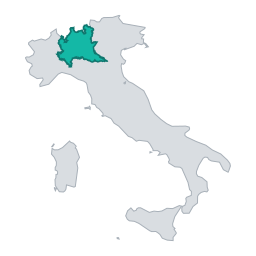 Lombardia, Bergamo, Italy shown in context
{"feature_id": "23120603B71310509030930", "entity_name": "Lombardia", "entity_type": "district", "adm_level": 2, "iso_a3": "ITA", "parent_name": "Italy", "parent_adm1": "Bergamo", "projection": "natural_earth1", "projection_center": [9.792, 45.657], "detail": "fine", "context": "in_parent", "style": "filled", "palette": "teal", "viewbox_px": 256, "rotation_deg": 0, "n_neighbors": 0, "source": "geoboundaries", "source_scale": "gbopen_adm2", "svg_char_len": 8425}
<svg xmlns="http://www.w3.org/2000/svg" viewBox="0 0 256 256"><path d="M32.5,40.1L34.3,41.1L41.2,39.0L45.4,40.2L48.9,38.2L51.2,35.1L50.7,32.7L56.2,29.0L56.8,33.3L59.9,36.1L62.9,36.9L62.2,38.6L65.1,42.2L66.3,41.8L66.7,41.2L66.0,38.2L70.2,32.4L70.3,28.3L71.1,27.9L73.2,28.2L74.9,32.0L81.8,30.8L84.2,33.6L85.3,33.1L83.4,28.2L84.3,25.7L86.1,25.2L87.4,26.4L90.1,26.7L90.2,25.3L89.5,24.3L90.4,20.0L94.4,20.4L96.7,21.9L99.5,21.9L101.8,18.5L103.7,17.6L112.6,17.4L119.2,15.4L119.8,15.8L118.6,17.4L119.0,18.5L123.0,23.5L145.1,27.4L144.8,28.6L140.1,31.7L139.8,32.9L140.5,34.0L144.1,34.7L141.7,37.7L141.7,38.8L143.6,39.0L143.4,42.5L145.8,43.6L148.4,46.8L145.8,47.4L146.8,46.5L144.2,43.4L141.4,44.7L137.0,43.4L134.1,46.3L124.0,49.9L125.8,48.3L125.0,48.3L121.3,50.4L120.6,54.8L123.4,59.1L125.7,60.7L124.7,63.3L123.4,64.3L121.6,63.6L121.1,66.0L122.1,72.3L123.7,76.7L128.8,81.7L132.5,83.3L143.8,90.8L148.1,99.3L151.8,109.9L154.8,113.9L161.0,119.5L166.7,123.7L172.0,126.3L185.7,126.1L189.2,127.1L189.6,128.9L189.0,130.1L185.0,133.1L184.8,135.4L186.8,137.1L196.2,141.5L205.8,145.2L212.4,150.0L220.8,154.0L227.5,160.2L229.9,163.5L230.4,166.0L228.9,170.4L228.1,172.2L223.4,169.7L219.5,162.2L211.3,160.9L208.9,159.6L207.5,157.4L204.9,157.1L203.1,158.3L198.8,165.3L196.5,171.4L196.4,173.8L197.8,176.2L201.8,177.5L207.0,181.8L207.2,187.1L208.2,190.2L206.9,191.9L204.4,191.4L201.0,192.5L198.6,194.5L197.6,196.3L197.5,203.0L193.0,206.5L189.2,213.2L183.4,213.3L181.9,211.2L181.8,208.1L182.8,206.2L184.9,205.3L186.3,201.4L185.8,198.5L186.6,197.3L191.3,195.4L191.4,191.4L189.6,189.6L188.0,182.4L181.9,168.5L180.0,167.2L174.9,166.8L168.9,163.1L168.5,161.6L169.5,160.1L168.8,158.1L166.8,154.6L165.5,153.8L158.2,155.3L160.2,152.4L157.6,150.6L153.0,150.6L153.0,149.4L149.7,143.7L147.5,141.4L139.0,140.3L136.3,141.2L132.1,137.7L128.3,136.3L118.7,126.1L114.0,123.1L111.1,118.6L105.2,115.7L102.5,116.4L101.8,115.8L103.2,114.9L102.9,113.2L99.0,108.8L96.7,107.4L95.0,104.5L91.7,103.9L91.8,98.8L90.5,95.1L88.3,92.1L87.0,84.7L86.1,82.7L83.7,81.1L78.3,79.4L70.7,74.7L61.8,72.4L58.2,74.1L48.8,84.2L40.0,86.6L39.8,84.5L43.2,79.8L42.6,78.0L37.1,78.6L30.0,74.3L29.1,70.5L31.1,67.0L32.3,66.1L31.7,63.7L27.4,61.7L25.7,58.5L25.6,57.5L26.7,56.9L29.2,57.1L33.3,54.8L34.5,51.8L28.5,44.1L28.8,42.5L32.5,40.1ZM125.3,83.7L125.6,81.8L123.8,83.0L124.3,83.8L125.3,83.7ZM181.6,206.1L174.8,216.6L172.6,223.8L172.9,226.5L175.0,228.5L174.0,229.2L176.2,232.6L176.2,233.5L173.1,237.3L173.1,240.6L167.2,240.1L162.3,238.2L159.9,234.4L157.9,232.8L155.9,231.5L151.7,231.6L149.8,230.8L138.7,223.3L134.3,221.3L129.3,220.8L127.3,219.2L125.7,215.9L127.6,210.8L130.9,207.9L133.8,211.2L136.4,210.1L136.5,209.1L138.3,207.8L140.6,207.8L149.4,212.4L154.0,211.1L158.1,211.6L161.9,211.0L166.9,208.3L172.7,208.6L179.3,205.6L181.6,206.1ZM76.5,149.1L79.5,157.4L76.7,162.5L77.8,167.9L75.3,186.5L74.0,187.1L66.5,184.9L65.9,189.2L64.9,190.9L63.4,192.0L59.3,191.7L55.3,185.6L55.0,179.6L55.9,177.8L56.0,174.4L57.5,174.2L57.6,171.8L56.7,170.5L55.2,170.1L55.2,167.5L56.3,165.5L56.4,161.9L54.3,157.4L51.5,154.1L52.1,148.4L54.5,149.9L58.2,149.8L62.5,147.6L69.6,141.0L70.5,142.2L73.5,143.3L76.2,146.2L75.2,148.0L76.5,149.1ZM89.6,106.2L90.3,107.6L90.1,109.4L88.6,108.3L85.1,108.8L84.8,107.8L89.0,107.0L89.6,106.2ZM56.4,188.6L55.4,190.8L54.3,188.0L54.4,187.6L56.4,188.6ZM54.2,144.3L52.6,146.7L51.8,146.6L53.8,143.9L54.2,144.3ZM119.1,239.1L117.2,238.6L117.1,237.6L118.6,237.7L119.1,239.1ZM151.6,152.2L149.9,152.9L150.0,151.7L151.6,152.2Z" fill="#d9dde1" stroke="#a8b0b8" stroke-width="1"/><path d="M69.2,66.8L70.0,66.8L69.8,66.4L69.8,66.1L70.2,66.9L71.3,66.7L71.1,66.3L71.5,65.7L70.7,65.2L71.2,64.7L71.3,64.3L72.0,63.8L71.8,63.5L71.6,62.8L70.9,62.6L70.8,62.4L70.6,62.3L70.9,61.7L70.7,61.5L71.3,61.2L71.7,60.1L72.1,59.9L72.2,59.6L72.2,58.9L72.7,58.4L72.9,58.4L72.8,58.2L73.2,58.2L73.3,58.0L74.3,57.8L74.9,58.3L75.2,58.0L74.9,57.4L75.1,57.2L75.5,57.7L75.8,57.9L76.2,57.6L76.4,57.1L76.5,57.2L76.7,57.5L76.6,58.2L77.3,58.3L78.0,58.8L78.6,58.3L78.5,57.6L79.1,58.1L79.7,58.3L79.7,58.8L79.8,58.9L80.0,58.7L80.1,57.9L80.5,58.0L80.8,58.4L81.1,58.3L81.1,58.0L80.8,57.6L80.8,57.3L81.5,57.1L81.4,57.9L82.6,57.1L83.3,57.9L83.2,58.4L83.6,58.7L83.7,59.1L84.2,59.0L84.3,59.4L84.6,59.5L85.5,59.1L86.0,59.4L86.4,59.3L87.2,59.6L87.5,60.1L88.0,60.0L88.1,60.3L88.9,60.7L89.7,60.3L90.2,61.2L91.7,61.9L92.5,62.0L93.5,61.6L94.5,60.3L94.6,60.8L95.2,60.2L95.4,60.4L95.5,61.1L97.0,61.4L97.2,61.6L97.5,61.5L97.7,61.8L98.1,61.7L98.0,61.9L98.4,61.6L98.8,61.7L99.8,61.0L100.8,61.1L101.1,60.8L101.8,61.0L102.4,61.4L104.0,61.0L104.4,61.3L104.6,60.9L104.9,60.8L105.9,61.1L106.2,60.9L106.6,61.1L107.1,61.1L106.9,60.7L105.5,60.2L105.0,59.7L104.5,59.6L104.3,59.3L104.4,59.0L104.3,58.8L103.9,59.1L103.2,58.7L102.8,58.7L102.8,58.4L103.0,58.2L102.8,58.1L102.8,57.9L103.2,57.6L102.3,57.3L102.0,57.8L101.5,57.6L101.4,57.7L101.5,58.0L101.1,57.9L100.3,57.4L100.6,56.8L100.3,56.8L100.3,56.6L99.7,56.8L99.7,56.0L99.5,55.7L98.7,55.4L98.7,55.0L97.2,54.5L96.9,53.9L96.1,53.2L95.3,53.8L95.2,53.7L95.2,53.2L94.8,53.2L94.9,52.8L94.5,52.6L94.4,52.4L94.9,52.1L94.6,51.8L95.0,51.5L94.9,51.0L94.1,50.8L93.9,51.1L93.7,51.0L93.8,50.5L93.4,50.6L93.8,50.4L93.4,47.0L94.8,45.5L97.0,42.1L96.2,42.1L95.9,41.9L95.6,42.2L95.2,41.9L94.8,42.0L94.6,41.9L94.2,42.2L93.9,42.1L93.9,42.3L93.7,42.8L93.2,42.7L92.1,43.2L91.8,43.1L91.9,42.8L91.7,42.7L92.0,42.4L91.3,42.2L91.3,41.2L91.1,40.9L91.4,40.3L91.0,39.7L91.1,39.1L90.5,39.0L90.5,38.7L90.6,38.3L91.0,38.0L90.9,37.3L92.0,36.3L92.1,35.9L92.0,35.4L92.3,35.0L91.9,34.5L92.4,33.8L92.4,33.5L92.7,33.3L92.5,32.6L92.2,32.5L92.6,32.1L92.3,31.8L92.3,31.5L91.5,31.1L91.6,30.9L91.9,30.9L91.9,30.7L92.4,30.4L93.0,30.4L93.5,29.9L93.2,29.6L93.3,28.9L92.9,28.5L92.0,28.0L90.8,27.9L90.5,27.6L90.4,27.2L89.9,26.7L89.5,26.9L88.7,26.6L88.5,26.9L88.3,26.7L87.8,26.7L87.6,26.3L86.9,26.1L86.9,25.9L87.1,25.5L86.8,24.9L86.4,25.3L86.0,25.1L85.0,25.5L84.5,25.4L84.5,26.0L84.1,26.2L84.2,26.4L83.5,27.0L83.7,27.4L83.5,27.6L83.6,27.8L83.5,28.3L83.7,28.6L83.5,29.0L84.1,29.5L85.0,29.3L85.6,29.8L85.5,30.2L85.0,30.4L85.0,30.8L84.6,31.0L84.6,31.4L84.8,31.8L85.4,32.2L85.8,33.0L85.0,33.7L84.4,33.6L84.0,33.9L83.6,33.6L83.8,33.2L83.7,32.8L82.7,32.4L82.8,31.8L82.5,31.6L82.7,31.0L82.2,30.7L82.1,30.4L81.5,30.7L81.2,30.4L80.6,30.8L80.0,30.8L79.1,31.3L78.4,31.0L78.1,31.2L78.2,31.4L78.0,31.6L78.2,31.8L78.0,32.2L77.5,32.2L77.3,32.0L76.8,32.4L76.4,32.4L75.1,32.0L74.6,31.4L74.3,30.7L73.7,30.5L73.8,30.2L73.6,29.5L73.8,28.4L73.7,28.2L73.7,27.6L73.3,27.9L72.9,28.5L72.3,28.1L72.2,27.7L70.7,27.9L70.6,28.2L70.6,28.6L70.1,28.9L70.1,29.2L70.7,29.7L70.6,30.1L70.6,30.6L70.9,30.9L70.9,31.3L71.0,31.5L70.7,31.9L70.7,32.2L70.2,32.8L70.1,33.5L69.7,33.6L69.6,33.9L69.3,34.1L69.2,34.7L69.0,34.9L68.6,34.9L68.0,35.6L67.1,36.0L67.4,36.6L67.2,37.1L66.3,37.4L66.1,37.7L66.4,38.7L65.7,39.2L66.2,39.4L66.2,40.1L66.9,40.2L67.2,40.4L67.2,40.7L67.4,40.7L66.8,41.3L66.5,42.3L66.2,42.4L65.8,42.3L65.9,42.1L65.4,42.1L65.2,41.9L64.4,42.2L64.5,41.8L65.0,41.4L64.8,41.3L64.6,40.5L64.1,40.0L64.1,39.4L63.7,39.4L63.1,38.8L62.3,38.8L62.6,38.1L63.0,37.8L63.1,37.6L63.3,37.5L63.5,37.2L63.4,36.9L62.7,36.4L62.3,36.5L61.9,36.3L61.6,35.9L61.0,36.6L61.3,38.1L58.7,40.7L59.1,42.1L58.8,42.5L58.4,42.7L58.3,43.2L59.0,44.3L59.9,44.5L60.0,44.7L59.8,45.5L60.5,45.5L60.3,45.8L60.6,46.3L60.1,46.3L60.2,46.6L60.5,46.7L60.9,47.1L60.9,47.4L60.7,47.6L60.9,47.8L61.1,48.6L61.0,48.9L61.3,49.2L62.3,49.6L62.3,50.1L62.7,50.4L62.6,50.7L62.9,50.7L62.8,50.8L63.2,51.5L62.7,51.6L62.5,51.9L61.9,51.6L61.8,51.9L61.1,51.9L61.1,52.0L61.8,52.5L61.5,52.9L61.2,52.8L61.1,53.5L60.6,53.7L60.2,53.7L60.0,53.0L59.6,52.8L59.7,52.5L59.5,52.3L58.7,52.5L58.3,52.2L58.3,52.4L57.8,52.6L58.0,53.2L57.6,53.3L57.4,53.7L57.7,53.7L57.6,54.1L58.0,54.0L57.9,54.5L58.1,54.5L57.8,54.5L58.3,54.8L57.9,54.9L58.1,55.0L57.8,55.2L58.2,55.6L57.8,55.7L58.2,55.8L58.7,55.5L58.8,55.7L58.3,55.9L58.1,56.3L58.3,56.4L58.3,56.6L58.7,56.7L58.9,57.2L59.3,57.3L59.2,57.7L59.8,58.4L59.7,58.6L59.9,58.8L59.6,59.1L59.9,59.3L60.1,59.6L60.3,59.4L60.6,59.6L60.9,59.2L61.2,59.5L61.6,59.6L61.6,59.8L61.9,59.7L62.0,59.9L62.1,59.5L62.5,59.5L62.4,59.2L62.7,59.4L62.6,59.2L62.9,59.2L63.2,59.1L63.2,58.9L63.6,59.0L63.9,58.7L63.8,58.8L64.1,58.9L64.2,59.8L64.4,60.3L65.2,60.3L65.5,61.0L65.3,61.2L65.7,61.5L65.8,62.0L66.4,62.4L66.8,62.4L67.0,62.9L66.7,63.2L67.1,63.7L67.1,63.9L67.5,63.9L67.7,64.2L68.6,64.0L68.8,64.4L68.8,64.9L69.5,65.3L69.2,66.8ZM70.8,66.4L71.0,66.4L70.8,66.4ZM65.5,38.9L65.4,38.9L65.2,39.3L65.5,39.3L65.5,38.9Z" fill="#14b8a6" stroke="#0f766e" stroke-width="1.5"/></svg>